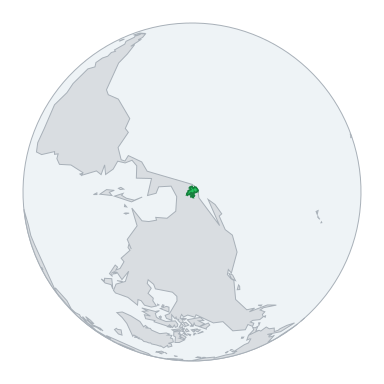 globe centered on Jalisco, rotated 181°
{"feature_id": "MEX-2719", "entity_name": "Jalisco", "entity_type": "State", "adm_level": 1, "iso_a3": "MEX", "parent_name": "Mexico", "parent_adm1": "", "projection": "orthographic", "projection_center": [-103.449, 20.863], "detail": "fine", "context": "on_globe", "style": "filled", "palette": "green", "viewbox_px": 384, "rotation_deg": 181, "n_neighbors": 0, "source": "natural_earth", "source_scale": "10m", "svg_char_len": 11797}
<svg xmlns="http://www.w3.org/2000/svg" viewBox="0 0 384 384"><g transform="rotate(181 192 192)"><circle cx="192" cy="192" r="169" fill="#eef3f6" stroke="#a8b0b8"/><path d="M34.1,249.1L34.5,250.3L34.1,249.1ZM263.4,223.0L259.6,221.8L256.3,227.3L242.8,221.2L237.2,212.0L191.9,199.6L186.3,194.7L185.0,186.3L163.8,158.9L175.8,184.9L168.7,179.9L161.9,170.7L164.4,168.4L158.1,154.9L150.9,149.6L145.9,132.7L151.2,111.7L154.3,115.1L155.2,110.1L151.4,105.8L148.6,104.3L146.5,85.3L135.2,75.2L127.4,77.0L132.5,73.2L114.6,80.4L105.7,80.4L118.4,77.6L121.8,75.2L117.1,73.5L119.5,70.8L118.6,68.5L122.0,65.6L129.1,64.7L131.4,63.0L127.9,61.9L129.1,58.7L133.8,60.5L136.3,55.2L148.8,53.9L158.8,62.9L168.4,61.5L185.8,69.3L186.9,66.8L194.2,68.9L198.2,66.9L200.3,69.4L201.7,65.8L199.0,63.9L198.7,61.8L200.8,60.6L203.8,63.4L203.2,64.4L205.2,64.7L205.8,66.6L206.7,65.0L210.2,68.9L209.9,63.4L215.3,65.2L216.7,68.2L212.4,70.0L205.1,82.9L205.3,87.4L209.8,91.5L226.9,94.5L228.7,99.0L234.3,103.5L235.2,99.8L231.1,95.1L234.2,89.9L228.9,85.2L229.3,82.6L225.6,77.4L230.6,76.2L237.5,78.0L240.9,82.4L244.1,83.5L244.5,78.0L254.2,85.5L266.7,89.7L268.8,92.2L266.3,98.6L257.1,101.4L253.9,111.7L260.5,103.2L265.5,110.3L268.2,111.0L270.6,109.8L270.5,106.6L273.1,108.9L267.5,117.6L265.1,115.6L266.8,112.7L262.6,114.3L258.8,121.1L261.7,124.6L253.0,132.6L255.0,135.4L254.1,139.0L251.7,133.9L255.9,143.5L246.3,157.2L251.9,174.9L241.5,162.3L234.7,161.7L227.0,163.2L227.8,166.0L216.5,165.3L207.9,172.5L207.2,187.1L213.0,197.5L225.4,196.6L227.9,190.1L236.4,187.7L232.7,204.8L247.9,204.9L247.7,217.2L252.5,222.7L259.4,219.9L266.8,221.5L271.2,213.5L278.7,208.0L279.8,217.6L283.2,207.8L287.9,211.4L302.2,206.9L301.3,209.4L313.5,216.9L325.0,217.3L327.7,223.0L326.5,227.8L330.1,227.3L330.1,230.0L343.0,226.8L348.2,229.3L347.1,238.6L340.9,252.7L331.0,276.8L318.8,289.1L312.8,298.4L298.2,313.3L291.2,315.4L290.3,319.8L283.9,324.4L278.6,326.3L275.1,330.1L271.0,331.3L272.0,332.7L261.8,338.7L260.6,341.5L252.3,345.7L251.6,347.0L249.8,347.4L246.9,348.5L245.5,349.4L241.3,349.2L244.1,345.7L248.5,343.2L246.1,343.3L255.8,336.6L251.9,338.4L259.0,328.9L267.6,319.7L279.3,292.7L277.4,287.8L267.3,283.6L255.5,264.3L259.8,254.4L256.7,250.5L266.7,235.2L263.4,223.0ZM65.6,175.7L66.4,171.7L67.6,174.7L65.6,175.7ZM65.8,169.1L65.7,170.5L65.5,169.2L65.8,169.1ZM64.9,168.0L65.5,168.8L64.7,168.3L64.9,168.0ZM63.6,167.0L64.3,167.4L64.2,167.5L63.6,167.0ZM252.3,181.1L269.5,186.5L260.9,189.4L262.3,187.5L257.7,184.7L249.5,182.8L241.7,186.1L252.3,181.1ZM62.0,164.4L61.7,163.6L62.5,163.5L62.0,164.4ZM257.4,169.9L254.5,169.7L257.1,169.1L257.4,169.9ZM147.0,104.2L151.0,106.1L153.6,111.2L150.0,109.8L147.0,104.2ZM142.5,95.3L145.1,95.1L143.8,99.9L142.7,98.5L142.5,95.3ZM121.2,79.2L124.0,80.0L120.4,80.2L121.2,79.2ZM117.9,68.8L116.3,69.5L116.6,68.1L117.9,68.8ZM223.1,78.5L224.3,78.0L224.4,79.2L223.1,78.5ZM220.3,76.9L219.5,78.7L218.0,78.3L218.6,77.1L220.3,76.9ZM121.8,62.4L122.7,60.2L123.1,62.3L121.8,62.4ZM221.6,74.9L215.6,77.2L213.0,76.4L213.0,71.6L221.6,74.9ZM123.9,58.8L125.8,53.9L122.5,54.9L133.0,49.7L127.9,55.3L128.9,57.6L126.4,57.3L123.9,58.8ZM197.2,63.9L200.2,65.8L195.8,65.3L197.2,63.9ZM194.5,64.2L181.4,66.8L178.1,63.7L183.2,63.3L177.3,60.5L182.1,57.7L186.4,58.6L187.6,61.0L188.5,58.1L194.5,64.2ZM138.5,47.8L140.0,46.7L139.8,47.8L138.5,47.8ZM198.2,60.9L195.9,61.6L192.8,58.9L197.0,57.2L196.6,58.5L198.2,60.9ZM173.4,61.3L171.9,59.3L175.4,56.3L175.3,55.2L182.0,57.4L173.4,61.3ZM198.4,58.6L199.2,56.4L202.5,56.6L200.3,60.2L198.4,58.6ZM190.3,59.0L189.1,57.7L191.1,57.8L190.3,59.0ZM214.8,57.0L212.1,57.5L210.2,56.1L214.8,57.0ZM199.2,55.6L198.1,55.5L197.1,55.1L198.3,53.8L199.2,55.6ZM183.9,55.3L185.7,54.6L181.4,54.2L183.8,52.3L187.9,54.2L187.1,52.5L187.9,52.0L190.3,54.2L183.9,55.3ZM196.4,51.3L202.3,53.6L207.8,52.7L209.6,53.9L200.5,55.1L196.4,51.3ZM192.6,52.8L195.3,52.1L196.2,53.7L194.8,55.2L192.6,52.8ZM184.0,50.3L179.2,52.8L178.5,52.3L184.0,50.3ZM197.8,50.7L196.3,50.2L198.1,50.5L197.8,50.7ZM188.1,50.0L186.5,50.9L185.7,50.3L188.1,50.0ZM194.7,48.7L196.7,49.3L195.8,50.2L194.7,48.7ZM191.6,49.0L190.9,48.0L194.3,50.2L191.0,49.5L191.6,49.0ZM187.6,49.3L186.6,49.3L188.4,49.1L187.6,49.3ZM196.9,44.9L201.5,47.5L199.6,49.4L195.4,46.7L196.9,44.9ZM247.1,350.0L241.1,349.7L245.0,349.7L250.5,347.5L252.6,348.1L247.1,350.0ZM262.2,343.7L266.9,341.6L267.2,341.8L264.0,343.3L262.2,343.7ZM304.3,65.8L310.3,71.7L324.9,88.2L327.4,92.5L326.7,93.5L315.2,81.2L310.8,73.2L306.7,69.5L302.2,67.3L301.3,65.3L298.9,63.7L296.7,61.0L288.4,54.5L285.4,51.9L277.1,47.2L274.4,45.4L280.1,48.6L282.4,49.7L275.2,45.0L285.4,51.2L295.1,58.2L304.3,65.8ZM268.9,41.5L266.5,40.4L265.7,40.0L268.9,41.5ZM263.6,38.9L261.3,37.9L256.1,35.7L263.6,38.9ZM254.9,35.2L259.9,37.5L254.4,35.5L247.4,32.9L246.6,32.9L258.1,37.3L261.8,38.8L263.3,39.1L274.1,44.5L278.0,46.9L270.5,43.7L275.2,47.0L267.3,43.7L241.1,32.6L232.7,29.7L229.6,27.4L234.5,28.5L238.0,29.7L239.4,29.8L237.1,29.2L235.7,28.8L230.2,27.4L228.9,27.1L225.7,26.6L223.6,26.1L225.7,26.4L215.6,24.7L210.0,24.0L225.3,26.4L240.3,30.1L254.9,35.2ZM209.8,24.0L208.2,23.8L203.5,23.4L209.8,24.0ZM200.7,23.3L201.9,23.3L201.4,23.4L197.7,23.5L195.4,23.3L196.4,23.2L195.4,23.1L200.7,23.3ZM194.3,23.1L195.2,23.2L193.6,23.4L192.2,23.1L192.6,23.2L191.1,23.3L187.4,23.3L188.7,23.6L175.2,26.4L166.8,27.3L167.0,26.3L155.2,29.7L146.6,31.5L148.5,31.4L144.1,33.7L146.7,33.1L147.3,33.3L137.1,40.2L132.9,42.1L130.7,46.1L131.7,46.2L134.6,44.9L133.0,49.7L122.5,54.9L120.8,54.2L115.4,58.3L112.4,56.6L107.4,57.4L107.3,53.9L103.4,55.3L101.7,56.8L95.0,60.2L87.2,62.9L101.0,53.9L114.2,50.9L109.4,51.2L112.7,49.3L112.4,48.4L108.9,49.1L107.1,50.3L112.8,43.8L108.7,45.0L103.6,48.2L98.4,51.5L94.2,54.2L104.1,47.7L114.4,41.9L125.1,36.8L136.1,32.5L147.4,29.0L159.0,26.3L170.6,24.4L182.4,23.3L194.3,23.1ZM359.8,171.9L359.7,171.3L355.0,156.1L352.4,145.6L348.5,136.6L327.9,93.3L327.5,91.4L322.8,85.1L330.1,94.6L336.6,104.6L342.4,115.0L347.5,125.9L351.8,137.0L355.2,148.4L357.9,160.1L359.8,171.9ZM339.5,111.5L341.1,114.2L341.1,114.3L339.5,111.5ZM302.6,206.6L304.4,208.0L302.2,208.7L302.6,206.6ZM260.3,193.7L263.7,193.2L265.6,194.4L263.2,195.4L260.3,193.7ZM287.0,187.8L290.5,187.7L287.1,189.5L287.0,187.8ZM272.0,187.1L284.1,188.2L277.5,192.9L269.7,192.3L274.7,190.3L272.0,187.1ZM257.0,175.9L259.3,176.2L259.0,178.2L257.0,175.9ZM259.3,169.5L258.5,169.8L257.2,168.5L259.3,169.5ZM265.8,109.8L266.4,109.2L269.1,108.7L268.4,110.3L265.8,109.8ZM277.3,99.5L281.3,103.5L278.0,101.6L277.9,104.2L270.7,103.9L269.4,93.4L271.3,98.0L277.3,99.5ZM260.8,101.1L265.5,102.1L260.4,101.4L260.8,101.1ZM288.1,58.9L289.1,58.7L292.5,61.0L296.2,65.6L291.4,62.1L288.1,58.9ZM289.7,57.8L281.2,54.1L278.5,51.5L281.4,53.5L280.5,52.2L285.0,55.1L290.7,56.8L294.1,59.1L299.3,65.6L295.7,62.0L295.0,62.3L289.7,57.8ZM264.2,53.4L260.5,52.9L259.5,47.7L263.1,48.8L267.1,53.1L265.2,54.4L264.2,53.4ZM222.7,66.5L221.3,67.5L220.5,66.6L220.9,65.1L222.7,66.5ZM213.7,57.3L227.7,61.6L226.9,62.8L236.1,64.5L237.5,68.5L231.4,67.2L239.4,71.8L234.5,72.3L240.2,75.2L226.6,71.9L222.5,72.8L226.6,70.1L225.4,66.3L223.7,65.0L215.8,62.1L206.4,62.8L203.8,59.5L204.4,57.1L206.3,56.4L207.4,58.6L209.0,56.1L212.1,58.9L213.7,57.3ZM213.2,36.4L213.8,38.2L217.6,35.7L220.6,37.6L220.9,37.2L224.8,38.4L229.9,39.4L230.7,40.4L232.3,40.3L234.9,41.3L237.5,41.7L239.8,43.8L243.1,44.5L242.3,45.2L247.4,45.9L244.6,46.4L247.7,48.0L248.7,46.7L254.9,59.5L259.6,65.3L265.0,70.1L259.6,70.8L251.0,67.1L241.8,61.6L238.0,56.3L236.3,57.8L233.9,55.8L236.3,55.4L231.3,54.9L230.0,53.2L221.8,49.8L215.3,50.6L212.2,49.6L214.1,48.5L209.6,48.3L211.0,45.6L208.8,44.9L208.0,41.7L213.0,40.3L210.1,39.7L209.4,37.5L213.2,36.4ZM196.9,44.0L202.1,41.3L206.4,41.2L206.0,46.8L207.8,47.8L207.7,51.9L201.5,52.2L202.1,50.9L201.3,49.8L203.6,50.2L201.1,49.0L201.8,47.4L200.1,46.2L202.3,45.6L196.9,44.0ZM278.6,47.5L276.8,46.3L277.7,46.7L279.9,48.0L278.6,47.5ZM225.2,31.3L224.8,31.9L223.7,31.7L219.7,32.3L217.2,31.2L218.5,30.4L225.2,31.3ZM221.7,30.2L220.4,30.5L219.9,29.8L221.7,30.2ZM215.1,30.5L214.1,29.7L216.4,31.2L215.1,30.5ZM197.9,24.5L206.2,24.5L210.4,24.5L210.2,24.2L214.1,25.0L207.5,25.0L197.9,24.5ZM178.2,26.0L178.5,26.8L176.1,26.9L175.6,26.7L178.2,26.0ZM180.1,26.2L184.8,26.6L183.5,27.3L180.0,26.8L180.1,26.2ZM203.6,27.4L206.2,27.4L206.5,27.9L203.6,27.4ZM33.8,250.2L35.0,253.1L34.3,252.0L33.8,250.2ZM34.5,250.4L33.7,249.2L34.1,249.1L34.5,250.4ZM80.9,64.7L79.4,66.0L77.1,68.1L80.9,64.7ZM88.5,58.5L100.4,50.3L102.0,49.5L89.1,58.2L90.9,56.7L88.4,58.5L84.3,61.8L85.1,61.2L88.5,58.5ZM138.5,46.7L139.9,46.7L138.0,47.5L138.5,46.7ZM148.8,33.0L149.3,33.4L147.1,34.1L148.8,33.0ZM149.3,35.1L151.5,34.0L150.2,35.2L149.3,35.1ZM156.1,31.8L152.8,33.6L154.6,31.8L156.1,31.8Z" fill="#d9dde1" stroke="#a8b0b8" stroke-width="1"/><path d="M188.8,197.0L188.7,197.0L188.6,196.9L188.4,196.8L188.2,196.8L188.2,196.6L187.8,196.5L187.7,196.5L187.6,196.4L187.6,196.2L187.4,195.8L187.4,195.7L187.0,195.5L186.9,195.3L186.7,195.1L186.6,194.9L186.4,194.7L186.2,194.4L186.2,194.2L186.2,193.9L186.0,193.6L185.9,193.6L185.8,193.3L186.1,193.1L186.3,193.1L186.5,193.0L186.8,193.0L186.9,192.9L187.0,192.9L187.1,192.7L186.9,192.5L187.0,192.5L187.0,192.4L187.2,192.2L187.4,191.9L187.5,191.8L187.8,191.8L188.1,191.7L188.3,191.5L188.5,191.6L188.7,191.8L188.8,191.8L189.0,191.8L189.2,192.0L189.4,192.2L189.5,192.3L189.7,192.5L189.7,192.4L189.7,192.2L189.9,191.7L189.9,191.4L189.9,191.1L190.0,191.0L190.3,191.0L190.4,190.9L190.6,190.7L190.3,190.3L189.9,190.1L190.0,189.9L190.1,189.5L190.2,189.3L190.1,189.1L189.9,188.9L189.5,188.5L189.4,188.4L189.6,187.9L190.0,187.7L190.4,187.6L190.6,187.6L190.7,187.2L190.5,186.4L191.1,186.5L191.1,186.8L190.9,186.9L190.9,187.0L190.8,187.3L190.9,187.5L190.8,187.8L190.8,188.0L191.2,187.0L191.2,186.9L191.3,186.9L191.5,186.9L191.5,187.0L191.5,187.4L191.4,187.7L191.4,187.9L191.4,188.0L191.4,188.3L191.5,188.3L191.6,188.2L191.8,188.2L191.9,188.3L191.9,188.2L192.0,188.0L192.0,187.9L192.1,187.7L192.3,187.6L192.2,187.6L192.1,187.4L192.2,187.1L192.6,187.4L192.7,187.5L192.9,187.6L193.0,187.8L193.1,187.7L193.1,187.8L193.0,188.1L192.9,188.1L193.0,188.3L192.9,188.5L192.7,188.7L192.4,188.7L192.4,188.8L192.2,188.8L191.8,189.2L191.7,189.3L191.8,189.4L191.8,189.5L191.8,189.8L191.7,189.9L191.5,190.1L191.4,190.2L191.2,190.0L191.3,190.3L191.3,190.5L191.2,190.7L191.2,190.9L191.4,190.8L191.5,190.8L191.5,191.0L191.8,191.0L192.0,191.1L192.6,191.4L192.8,191.4L193.0,191.5L193.1,191.4L193.1,191.2L193.1,190.8L193.1,190.7L193.3,190.8L193.5,190.8L193.5,190.7L193.8,190.6L194.0,190.5L194.1,190.4L194.2,190.2L194.2,189.9L193.9,189.8L193.8,189.7L193.9,189.4L194.1,189.3L194.4,189.4L194.6,189.5L195.2,189.6L195.3,189.6L195.6,189.4L195.8,189.2L196.0,189.0L196.1,188.9L196.3,188.8L196.4,188.6L196.6,188.7L196.8,188.7L197.0,188.8L197.1,189.0L197.3,189.0L197.2,189.2L197.1,189.3L197.2,189.6L197.0,189.8L197.0,190.0L197.1,190.3L197.2,190.5L196.9,190.9L196.6,190.9L196.5,191.1L196.4,191.1L196.3,191.3L196.1,191.5L195.9,192.0L195.7,192.3L195.8,192.4L196.0,192.6L196.1,192.8L195.8,193.1L195.7,193.3L195.5,193.5L195.4,193.5L195.2,193.5L194.8,193.5L194.6,193.6L194.4,193.8L194.2,193.9L193.9,193.9L193.8,194.0L193.2,194.2L193.0,194.3L193.0,194.5L193.4,194.6L193.6,194.7L193.9,194.7L193.9,194.8L194.0,194.9L194.0,195.0L193.9,195.0L193.8,195.3L193.8,195.5L194.0,195.7L194.0,195.8L193.9,196.0L194.0,196.1L194.3,196.0L194.4,196.3L194.5,196.3L194.4,196.4L194.4,196.5L194.2,196.8L194.1,196.7L193.9,196.7L193.8,196.8L193.7,196.8L193.5,197.0L193.4,197.0L193.3,197.3L193.1,197.4L192.9,197.5L192.7,197.5L192.7,197.4L192.6,197.5L192.5,197.4L192.4,197.4L192.3,197.5L192.2,197.6L191.9,197.6L191.9,197.4L191.8,197.2L191.9,196.9L191.8,196.7L191.7,196.4L191.5,196.1L191.4,196.0L191.2,196.2L191.0,196.3L190.9,196.3L190.7,196.2L190.3,196.0L190.3,195.9L190.1,196.1L190.0,196.3L189.9,196.4L189.9,196.5L189.7,196.6L189.4,196.7L189.2,196.7L189.2,196.8L189.1,196.7L188.9,196.9L188.8,197.0L188.8,197.0Z" fill="#22c55e" stroke="#15803d" stroke-width="1.5"/></g></svg>